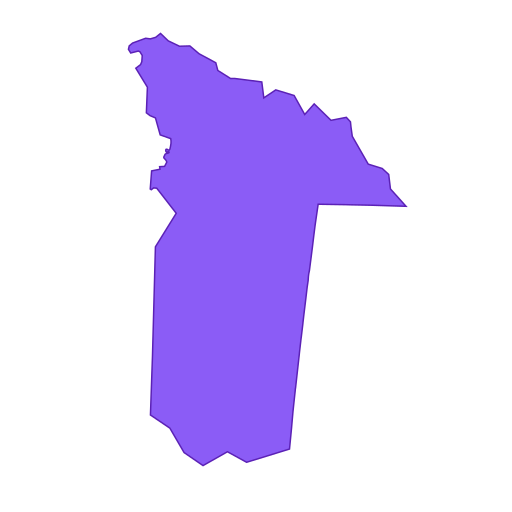 outline of Wicomico, Maryland, United States of America, rotated 95°
{"feature_id": "52423323B57942162225750", "entity_name": "Wicomico", "entity_type": "district", "adm_level": 2, "iso_a3": "USA", "parent_name": "United States of America", "parent_adm1": "Maryland", "projection": "natural_earth1", "projection_center": [-75.697, 38.394], "detail": "fine", "context": "isolated", "style": "filled", "palette": "violet", "viewbox_px": 512, "rotation_deg": 95, "n_neighbors": 0, "source": "geoboundaries", "source_scale": "gbopen_adm2", "svg_char_len": 1558}
<svg xmlns="http://www.w3.org/2000/svg" viewBox="0 0 512 512"><g transform="rotate(95 256 256)"><path d="M255.6,357.0L364.9,350.4L423.6,347.3L435.0,326.8L458.1,310.5L469.4,290.5L453.5,267.4L462.3,247.4L445.4,205.8L435.2,205.7L424.5,205.6L408.7,205.6L407.9,205.6L396.6,205.4L386.9,205.2L384.3,205.2L384.2,205.1L350.1,204.3L348.9,204.3L334.2,203.9L332.2,203.8L319.4,203.4L318.4,203.4L310.7,203.2L292.9,202.6L292.4,202.6L282.5,202.3L275.8,201.9L271.9,202.0L269.2,201.9L265.7,201.5L243.1,200.6L230.9,200.2L220.4,199.8L218.5,199.7L199.0,198.6L197.0,170.5L196.8,166.9L195.3,144.7L194.3,126.7L193.4,110.9L177.5,127.9L163.2,130.9L157.8,137.9L154.7,152.2L128.4,170.5L119.3,172.6L114.1,173.6L110.0,178.1L114.3,193.1L99.4,211.3L110.8,219.8L92.8,232.0L88.8,250.8L97.8,262.0L82.1,265.4L81.0,292.8L81.4,296.8L74.5,310.2L67.0,312.9L59.5,330.3L52.5,340.2L53.7,350.5L49.3,362.2L42.6,370.5L46.9,375.0L48.9,380.2L48.7,384.9L54.6,397.5L57.7,400.6L61.2,401.1L64.7,398.5L62.1,391.1L62.7,389.4L66.2,386.8L72.4,386.7L75.4,387.7L79.4,392.1L97.3,378.9L122.9,377.7L125.4,373.8L127.2,368.2L143.7,362.0L146.5,351.2L148.7,350.7L151.2,350.5L154.0,350.7L156.5,351.0L157.5,351.3L158.0,351.6L158.1,352.4L157.4,354.0L157.5,354.8L158.3,355.2L159.9,354.8L160.2,354.3L160.1,353.5L159.7,352.4L160.0,351.7L160.6,351.7L161.3,352.7L161.7,354.2L162.5,355.4L165.5,356.5L166.3,356.3L168.4,354.1L169.6,353.3L170.4,353.1L174.7,354.9L175.4,359.8L177.9,359.2L180.3,367.4L198.5,367.2L199.1,366.1L197.1,363.9L197.1,360.8L220.4,339.2L255.6,357.0Z" fill="#8b5cf6" stroke="#5b21b6" stroke-width="1.5"/></g></svg>